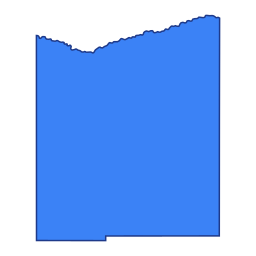 outline of Kittson, Minnesota, United States of America, rotated 90°
{"feature_id": "52423323B36938484701333", "entity_name": "Kittson", "entity_type": "district", "adm_level": 2, "iso_a3": "USA", "parent_name": "United States of America", "parent_adm1": "Minnesota", "projection": "mercator", "projection_center": [-97.14, 48.772], "detail": "fine", "context": "isolated", "style": "filled", "palette": "blue", "viewbox_px": 256, "rotation_deg": 90, "n_neighbors": 0, "source": "geoboundaries", "source_scale": "gbopen_adm2", "svg_char_len": 2240}
<svg xmlns="http://www.w3.org/2000/svg" viewBox="0 0 256 256"><g transform="rotate(90 128 128)"><path d="M240.5,219.5L240.6,150.3L236.0,150.3L235.9,36.7L120.3,36.6L18.1,36.4L17.4,37.7L17.4,38.2L17.7,39.3L17.6,40.1L16.7,41.1L15.9,42.4L15.6,43.6L15.7,46.6L15.4,49.2L15.4,50.1L15.8,50.6L17.1,51.2L17.4,51.7L17.6,52.4L17.6,53.4L17.2,56.5L17.2,57.2L18.4,58.4L18.6,59.4L18.7,61.3L19.2,63.2L20.8,64.1L21.1,64.8L21.1,65.7L20.7,66.9L20.7,68.0L21.0,68.9L22.3,69.6L22.8,70.2L22.9,71.3L22.4,72.9L22.4,73.6L22.9,75.1L23.7,75.8L26.0,76.9L26.3,77.5L26.2,79.3L25.7,80.5L26.3,82.2L26.3,83.0L26.0,84.0L26.3,84.8L28.2,86.7L29.0,87.1L29.4,87.6L29.5,88.1L29.1,89.9L29.1,90.5L29.6,91.0L30.4,91.5L31.0,92.3L31.3,94.2L32.2,95.7L32.2,97.0L31.8,97.9L31.7,98.4L32.5,100.0L32.7,101.7L32.5,102.1L32.2,102.5L30.9,103.3L30.7,103.9L30.8,105.4L31.6,107.1L31.0,109.7L31.4,110.7L31.8,111.4L32.6,112.2L34.1,112.7L34.8,113.2L35.0,113.8L35.0,114.2L34.7,115.0L34.7,115.6L35.3,117.3L35.4,119.1L35.5,119.9L36.0,120.4L36.8,120.6L37.1,121.1L36.9,122.0L36.9,123.5L37.1,123.9L37.9,124.3L38.1,124.7L37.9,126.0L37.7,126.4L37.6,126.9L37.7,127.3L37.9,127.8L38.3,128.1L39.6,130.7L39.6,131.6L38.6,134.2L38.7,134.9L38.9,135.2L40.8,136.8L41.7,138.5L41.7,141.9L41.9,142.5L42.8,143.3L43.0,143.8L42.9,145.3L42.6,146.1L42.8,146.6L43.1,147.1L45.2,148.7L45.7,149.5L46.6,151.7L47.9,153.4L47.7,155.2L47.1,155.9L47.3,157.0L49.9,160.6L52.5,162.2L52.8,162.7L52.9,163.1L52.8,163.6L52.2,164.7L52.0,165.4L52.2,168.7L52.2,170.0L51.8,170.5L51.5,171.3L52.0,172.4L52.0,173.8L51.7,174.7L51.0,175.4L50.6,176.2L50.1,178.1L49.2,179.4L49.0,180.1L49.6,181.7L50.0,183.5L49.9,184.2L49.7,184.6L49.1,185.1L48.2,185.3L46.7,184.8L45.5,185.3L45.3,185.6L45.3,186.4L45.8,187.1L45.8,187.9L45.6,188.6L45.4,188.9L44.2,188.8L43.9,189.6L44.1,190.6L43.9,191.6L43.5,191.9L42.6,191.9L42.3,192.3L42.1,193.5L42.3,194.3L42.1,195.5L41.4,197.2L40.9,197.9L40.6,198.4L40.6,199.4L41.0,200.2L41.2,200.9L40.8,203.7L40.6,204.3L40.3,204.6L39.4,204.8L39.0,205.4L39.1,206.5L39.3,207.2L39.2,208.4L39.1,209.3L38.5,210.2L37.0,210.8L36.7,211.6L36.6,213.2L36.8,213.7L37.3,214.4L37.9,214.8L38.4,215.6L38.3,216.3L38.0,216.7L37.4,216.7L36.1,217.5L35.8,218.0L35.6,218.5L35.5,219.6L240.5,219.5Z" fill="#3b82f6" stroke="#1e3a8a" stroke-width="1.5"/></g></svg>